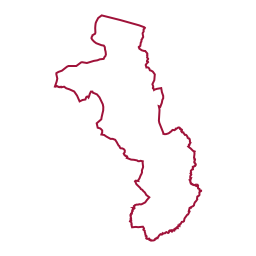 outline of Bawku Municipal, Upper East, Ghana
{"feature_id": "2480657B67017614982997", "entity_name": "Bawku Municipal", "entity_type": "district", "adm_level": 2, "iso_a3": "GHA", "parent_name": "Ghana", "parent_adm1": "Upper East", "projection": "robinson", "projection_center": [-0.204, 11.042], "detail": "fine", "context": "isolated", "style": "outline", "palette": "rose", "viewbox_px": 256, "rotation_deg": 0, "n_neighbors": 0, "source": "geoboundaries", "source_scale": "gbopen_adm2", "svg_char_len": 5918}
<svg xmlns="http://www.w3.org/2000/svg" viewBox="0 0 256 256"><path d="M172.4,230.8L173.6,230.5L174.3,230.6L174.5,229.8L174.4,229.4L175.3,229.3L175.2,228.6L175.8,228.2L176.9,228.2L177.0,227.9L176.6,227.7L176.9,227.4L177.4,227.6L177.2,227.1L177.8,226.8L178.1,226.3L178.4,226.3L178.4,225.6L178.8,225.7L179.2,224.9L179.6,225.3L179.7,224.4L180.7,223.8L181.8,221.9L183.3,221.7L184.0,221.1L184.5,218.5L187.2,214.8L188.1,214.4L189.6,211.4L189.4,211.1L188.8,211.1L189.6,207.9L190.3,207.6L190.3,207.9L190.8,207.9L190.9,207.2L193.3,206.0L194.0,205.2L194.2,203.9L194.9,202.3L195.9,201.3L197.3,199.3L197.0,198.2L197.3,197.3L197.3,196.6L197.6,196.3L198.3,196.1L199.3,195.3L199.5,194.2L199.3,192.5L199.4,192.2L201.1,191.0L201.1,190.6L199.6,190.3L199.4,188.9L198.1,188.4L197.9,186.3L198.1,185.7L197.8,185.2L197.5,185.6L197.1,185.2L196.9,186.2L196.3,186.1L196.2,185.4L195.6,185.3L195.3,184.8L194.5,185.2L193.9,185.1L193.6,184.8L193.1,184.9L192.7,184.4L192.1,184.3L192.0,184.0L191.4,184.1L190.8,183.5L190.9,182.8L190.8,182.4L190.4,182.3L190.2,181.6L190.3,180.9L189.8,180.2L190.3,180.1L190.2,179.5L190.8,178.9L190.6,178.7L190.8,178.3L190.3,178.4L190.2,176.8L190.5,175.5L190.8,175.1L191.1,175.0L191.3,174.4L190.5,173.4L191.1,172.7L190.9,171.8L190.9,170.7L192.1,169.5L192.9,169.3L192.7,168.4L192.8,167.8L193.1,167.8L193.2,167.6L192.8,167.1L192.8,166.8L193.6,166.7L194.4,166.0L195.1,165.9L195.2,165.3L195.6,165.2L195.8,164.6L195.6,163.9L194.4,162.6L194.6,162.3L194.3,161.7L194.8,160.6L194.6,160.1L195.0,159.6L194.8,159.0L194.4,159.0L194.4,158.2L194.0,157.8L194.5,153.7L194.3,152.4L194.7,151.5L193.1,150.9L190.6,148.4L189.6,147.7L188.2,146.5L188.9,145.9L189.2,145.5L188.9,145.2L188.9,144.6L189.9,143.9L190.0,143.2L190.5,142.7L189.9,141.8L189.9,140.1L189.5,138.8L189.0,138.4L188.6,138.5L187.6,137.8L187.5,136.8L186.4,135.2L185.8,134.8L184.9,134.9L183.6,133.1L183.4,132.4L182.0,132.3L181.3,131.2L181.8,131.0L182.0,129.9L181.5,129.4L180.8,129.1L180.6,128.8L180.3,129.1L180.0,129.0L179.4,127.6L178.3,127.5L176.3,128.8L175.7,128.7L175.5,129.5L174.4,130.2L172.8,129.9L172.1,130.3L171.3,131.4L170.3,131.9L169.6,132.7L168.1,133.5L166.0,134.1L164.3,134.1L163.3,133.8L163.3,132.9L159.3,122.8L158.9,120.6L159.5,110.4L159.4,108.8L158.8,106.2L160.3,106.8L161.8,102.9L162.4,99.8L163.2,98.3L163.2,95.9L161.9,92.1L161.2,88.1L157.1,88.8L154.5,89.6L154.0,90.0L153.5,88.6L152.9,88.2L152.9,87.8L153.2,87.5L153.2,86.3L152.4,84.2L154.3,80.2L154.8,74.4L152.8,71.6L151.3,70.7L149.9,70.3L149.5,69.4L149.4,68.8L148.8,68.0L147.9,67.4L147.2,67.4L146.9,67.2L146.4,67.4L145.7,65.0L146.6,63.6L148.1,62.1L148.0,61.8L147.0,61.3L147.1,60.5L148.1,59.1L148.1,58.6L147.1,57.6L147.4,55.7L147.0,55.1L147.4,54.2L147.3,53.5L145.2,51.0L143.8,50.9L141.8,50.3L139.4,48.7L139.3,47.9L138.9,47.7L138.8,47.3L138.8,46.9L140.3,45.9L140.8,42.4L141.3,41.8L141.5,40.8L141.5,39.7L142.2,38.9L142.4,38.1L142.8,37.8L143.2,37.0L142.6,33.4L142.8,32.8L143.6,31.6L143.7,31.0L143.5,30.1L143.7,29.1L144.5,28.6L144.9,27.8L144.2,27.2L139.0,25.3L120.1,20.0L101.7,15.4L98.2,18.0L96.3,21.6L95.7,23.1L95.4,25.3L95.2,28.0L95.4,32.5L95.1,33.7L92.4,35.3L92.2,36.4L91.6,37.2L91.5,38.4L92.4,39.8L94.1,41.6L96.2,43.2L101.5,45.2L103.8,45.6L104.8,47.1L105.0,49.4L105.6,51.7L105.9,54.5L105.3,56.2L104.5,57.0L103.6,58.9L99.9,59.3L97.4,60.3L93.8,60.9L86.9,63.0L82.1,62.2L81.1,62.4L76.3,66.0L68.5,66.0L67.0,66.7L61.9,70.7L58.5,71.9L56.4,73.1L56.3,74.0L57.3,78.6L56.6,81.7L54.9,86.6L55.3,86.7L56.1,86.0L56.5,86.3L56.8,86.0L57.9,86.5L58.2,86.9L59.4,87.2L60.1,86.8L60.5,86.9L61.1,86.8L61.3,87.3L64.1,86.7L66.3,88.3L69.4,89.3L74.2,91.5L77.1,95.7L79.6,101.4L82.5,100.0L85.4,99.5L86.2,97.2L87.0,96.6L87.6,96.5L88.5,97.6L89.2,96.0L89.7,94.1L90.9,91.6L92.4,91.6L92.8,92.6L97.0,94.4L99.5,97.4L102.8,104.3L103.3,107.0L103.2,110.4L101.6,117.3L101.3,119.3L96.7,123.3L97.7,127.7L100.1,128.4L100.9,129.0L102.2,130.4L102.2,132.4L101.4,134.5L104.2,135.0L106.3,136.5L110.6,138.9L112.8,138.9L115.2,139.8L116.7,142.1L118.6,145.6L119.3,146.0L119.6,146.6L119.9,147.6L120.7,148.3L122.3,148.4L123.4,148.9L124.2,149.5L124.8,150.5L124.7,152.3L123.7,153.6L124.7,155.4L125.6,155.6L125.8,156.1L126.4,156.2L126.8,156.9L127.2,156.7L127.4,157.3L126.9,158.0L131.1,159.6L133.9,159.8L137.0,160.4L138.2,161.2L139.3,161.2L140.6,160.8L142.8,161.3L142.6,162.6L143.1,166.7L143.0,167.5L141.9,170.4L142.0,172.4L141.2,174.5L140.7,175.2L139.4,178.5L138.1,180.4L138.3,181.0L135.6,180.7L135.0,181.3L135.5,182.1L136.4,184.2L140.2,187.9L140.8,189.0L142.3,189.8L143.3,191.1L144.7,192.3L145.5,193.5L146.2,194.9L149.3,197.3L147.0,199.9L145.2,202.4L141.9,204.1L141.0,204.4L139.3,204.2L138.1,204.6L136.5,204.6L134.9,205.2L134.8,205.6L134.0,206.0L134.3,207.4L133.5,207.6L133.8,207.7L133.8,207.9L134.1,208.2L133.4,208.5L133.5,209.0L132.8,209.1L132.6,210.0L132.3,210.2L132.2,210.6L132.7,211.0L131.9,212.1L132.0,212.9L131.6,213.3L131.7,213.6L131.0,213.7L130.9,214.3L130.6,214.6L130.8,215.0L130.7,215.2L130.8,215.5L130.6,215.6L130.8,216.0L130.6,216.4L131.1,218.2L130.8,218.6L131.0,218.9L131.1,219.6L130.9,219.8L130.6,219.6L130.6,220.1L130.9,220.0L131.0,220.2L130.6,220.3L130.5,220.7L130.1,221.0L130.0,221.3L130.7,221.5L130.7,221.8L131.3,222.1L131.4,223.3L131.7,223.9L131.4,224.7L131.7,225.0L131.7,226.0L132.1,227.3L135.8,226.9L138.2,227.2L142.9,226.7L144.0,228.4L143.4,229.7L144.7,230.7L144.8,232.1L145.3,233.6L145.3,234.4L145.7,235.3L146.1,235.6L145.8,236.0L146.6,236.7L146.2,238.3L146.6,238.7L147.0,238.6L147.5,238.9L148.1,238.7L148.7,239.0L149.2,238.7L149.4,239.0L149.3,239.8L150.1,240.2L150.3,239.8L150.7,239.8L151.3,240.6L153.7,240.4L154.7,240.0L154.8,239.3L155.3,238.8L156.0,238.8L156.3,238.2L157.5,238.2L157.5,237.5L157.9,237.4L158.5,236.6L158.9,235.7L160.4,234.2L161.2,234.6L161.7,234.5L162.4,233.5L162.7,234.0L163.4,233.4L165.1,233.2L165.6,232.5L166.5,232.1L167.7,232.8L168.1,232.6L168.5,232.8L169.0,232.1L169.2,231.5L169.1,231.0L169.7,230.5L170.4,230.8L171.0,230.2L172.0,230.2L171.6,231.4L171.9,231.6L172.4,230.8Z" fill="none" stroke="#9f1239" stroke-width="2"/></svg>